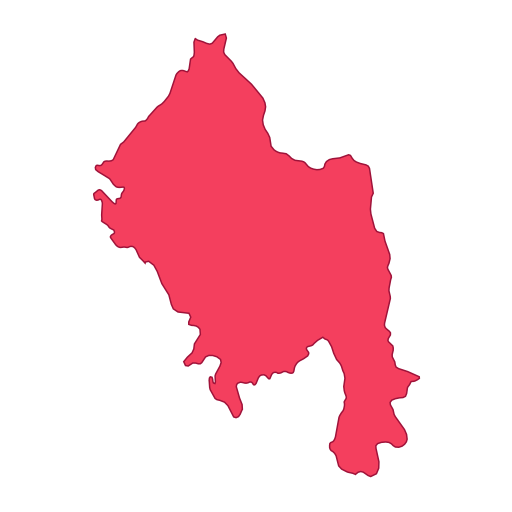 SVG path tracing the border of Osh, rotated 269°
{"feature_id": "KGZ-1122", "entity_name": "Osh", "entity_type": "Region", "adm_level": 1, "iso_a3": "KGZ", "parent_name": "Kyrgyzstan", "parent_adm1": "", "projection": "natural_earth1", "projection_center": [73.025, 40.164], "detail": "fine", "context": "isolated", "style": "filled", "palette": "rose", "viewbox_px": 512, "rotation_deg": 269, "n_neighbors": 0, "source": "natural_earth", "source_scale": "10m", "svg_char_len": 5918}
<svg xmlns="http://www.w3.org/2000/svg" viewBox="0 0 512 512"><g transform="rotate(269 256 256)"><path d="M474.4,199.1L472.8,201.4L472.3,203.1L472.1,203.7L471.1,206.7L469.5,210.2L468.6,213.5L469.5,216.0L475.8,221.5L477.4,223.7L478.5,229.1L474.4,230.2L463.3,227.4L460.4,227.2L457.9,228.3L451.1,234.8L448.9,236.4L443.8,239.0L439.5,242.2L427.8,254.5L413.8,265.6L409.0,267.6L405.0,268.2L400.9,267.5L396.4,265.9L391.8,264.9L387.1,265.5L382.5,267.3L378.3,270.0L374.2,271.8L365.5,273.0L361.9,275.8L360.6,277.5L359.5,279.5L358.7,281.7L358.4,284.1L357.7,288.0L355.5,290.8L352.9,293.3L351.0,296.6L350.0,303.5L349.3,305.4L348.3,306.7L344.5,309.8L342.9,312.2L341.8,315.2L341.2,318.4L341.4,321.6L342.6,324.9L344.4,326.0L346.7,326.5L349.2,328.1L351.1,331.0L351.9,334.4L352.6,341.5L355.6,350.4L354.9,352.2L352.0,353.9L349.8,355.6L348.2,358.0L346.7,361.8L345.2,367.5L343.9,369.8L341.6,371.0L316.7,374.3L313.0,372.5L300.8,371.2L296.1,371.6L281.7,375.1L278.4,377.2L277.4,379.8L277.1,382.1L276.2,383.8L268.7,385.2L255.2,389.7L251.0,390.0L246.4,388.8L244.0,387.7L242.4,387.2L240.7,387.5L234.2,390.8L232.3,391.0L229.9,390.2L221.7,388.5L218.9,388.3L213.2,389.5L211.2,389.6L186.7,383.4L184.5,383.2L182.2,383.9L180.9,385.1L178.3,388.1L176.8,389.1L174.7,389.0L171.3,386.9L169.3,386.4L167.9,387.0L163.7,391.2L161.6,391.6L159.3,391.5L155.0,390.4L152.7,390.5L147.7,392.9L144.8,393.3L142.5,394.1L140.9,396.6L137.8,405.6L132.4,417.1L130.8,417.2L129.5,415.3L128.2,412.6L127.9,411.0L127.9,409.7L127.5,408.7L124.7,407.3L122.7,405.7L121.6,405.1L115.9,404.2L113.1,403.0L111.9,400.5L111.7,397.0L110.9,392.8L109.5,389.2L107.2,387.5L104.8,387.8L100.1,390.3L95.2,391.3L93.0,392.4L79.9,401.4L75.0,403.4L70.2,403.9L67.6,403.1L65.2,401.3L63.3,398.7L62.3,395.4L62.6,392.0L64.0,389.9L65.8,388.2L67.3,385.7L67.8,382.4L67.5,378.1L66.3,374.3L64.2,372.5L61.6,372.6L48.1,375.3L41.7,375.0L36.2,372.6L33.5,366.8L34.6,364.2L38.0,359.5L38.7,357.0L38.0,354.3L36.1,351.8L35.9,351.7L37.1,348.9L38.2,344.3L38.6,343.2L41.5,337.8L44.7,335.0L54.9,332.6L57.3,331.2L58.9,329.7L60.2,327.7L61.3,326.9L63.0,326.3L65.3,326.3L67.2,326.6L68.1,327.4L69.0,329.6L70.0,330.6L71.8,331.6L73.8,332.3L93.3,336.2L95.3,337.1L96.1,337.7L97.2,338.3L100.0,340.5L101.8,341.2L104.6,341.8L106.6,341.9L108.5,341.6L109.5,342.1L112.1,343.7L113.5,343.8L114.8,343.5L117.7,342.4L119.8,341.9L124.0,341.5L132.2,342.8L136.9,342.1L139.9,340.8L144.1,339.6L146.1,338.7L147.6,337.8L151.1,334.8L157.4,332.0L164.0,330.0L168.6,327.6L169.8,326.9L170.6,326.2L171.1,325.4L171.8,323.5L173.6,321.4L170.6,316.1L167.7,312.7L166.0,311.1L165.3,309.5L164.5,306.0L163.6,305.0L162.3,304.7L161.0,305.3L158.7,306.9L157.3,307.0L155.2,305.9L152.4,301.7L150.4,297.7L149.0,295.8L147.6,294.6L145.4,293.2L143.6,292.5L140.2,291.8L138.8,291.1L138.3,290.2L138.2,289.0L138.4,287.7L139.0,286.0L139.8,284.6L140.1,283.1L140.0,281.4L138.7,278.8L138.4,277.2L138.4,275.8L139.1,274.8L139.4,273.7L139.3,271.9L138.6,270.7L137.3,269.6L133.1,267.7L132.9,266.9L133.4,266.2L136.2,263.7L137.1,261.9L136.9,259.3L136.0,257.6L134.1,256.2L128.7,253.9L127.4,252.8L127.1,251.8L127.7,251.0L129.0,250.3L129.9,249.3L130.2,247.7L129.4,245.9L129.1,244.5L129.1,242.8L129.9,239.7L130.1,238.1L129.1,235.5L127.8,234.4L125.7,234.0L114.1,237.1L107.7,239.5L103.0,239.7L102.9,239.7L101.9,239.1L98.1,237.4L95.7,235.7L94.7,233.2L95.5,230.9L106.9,225.3L110.4,222.0L112.3,217.4L113.1,214.3L114.3,212.6L123.1,207.9L125.3,207.4L131.4,207.1L132.4,207.0L134.8,207.3L136.0,208.2L135.5,209.9L133.6,210.5L131.3,210.7L129.8,211.2L129.2,212.7L130.8,213.2L136.8,213.0L138.7,213.6L146.5,218.0L150.1,219.3L153.2,218.7L155.9,215.2L157.3,211.0L157.4,207.1L156.6,205.2L156.0,203.8L150.3,199.9L149.2,198.4L149.2,196.5L150.0,193.8L150.1,190.9L147.2,186.3L147.7,183.6L151.6,181.9L156.0,185.6L160.3,190.4L164.1,192.2L169.2,192.9L178.5,199.0L183.7,198.7L185.7,197.1L187.0,195.1L187.6,192.7L187.8,190.3L188.8,187.6L191.2,187.6L196.0,189.7L199.9,188.0L201.4,177.0L204.6,172.4L209.2,170.5L218.7,168.2L230.0,161.4L242.3,157.0L248.6,153.7L252.6,148.6L251.9,145.3L250.8,145.0L253.1,143.0L256.7,139.5L264.4,136.2L266.2,134.9L267.3,133.6L267.7,132.6L267.8,131.6L267.8,130.7L267.5,129.6L267.1,128.7L266.8,127.8L266.8,127.0L267.2,125.1L267.3,124.1L267.0,121.7L266.9,120.3L267.5,118.5L268.4,117.2L269.6,116.0L276.5,111.2L277.3,110.8L278.0,110.8L278.7,111.2L279.4,111.8L280.0,112.7L280.8,114.2L281.1,114.6L281.6,114.8L282.5,114.9L283.4,114.7L284.5,114.2L285.7,111.8L286.6,110.3L287.6,109.4L289.2,108.4L290.1,107.3L292.6,103.5L293.3,102.6L293.8,102.2L294.7,102.4L295.3,102.6L299.7,102.4L310.9,103.3L312.3,103.2L314.2,102.6L314.9,102.2L315.4,101.5L315.4,101.0L315.3,100.2L314.9,99.6L314.7,98.7L314.5,97.8L315.0,96.4L315.5,95.9L316.4,95.5L320.3,94.8L321.0,94.9L321.5,95.3L322.5,96.7L324.2,98.8L324.6,99.3L324.8,99.9L325.0,100.7L324.7,101.6L324.1,102.7L313.0,112.8L311.4,114.5L310.8,115.4L310.5,116.1L310.7,116.7L311.3,117.0L314.7,117.3L315.3,117.6L315.6,118.3L315.8,119.1L315.9,120.1L316.1,121.1L316.6,121.7L317.5,122.2L319.8,122.5L320.7,122.8L321.4,123.2L323.0,124.5L324.0,125.1L325.8,125.6L326.6,125.5L327.1,125.1L327.2,124.4L327.2,123.6L327.0,121.3L327.0,120.1L327.2,118.8L327.6,117.5L328.8,116.1L330.3,114.6L335.3,111.4L336.1,110.6L343.1,99.6L345.2,97.2L347.3,96.9L348.7,97.5L349.3,98.0L349.5,98.9L349.1,101.1L349.3,102.6L350.1,103.6L352.9,105.6L353.4,106.7L353.6,108.3L353.4,110.5L353.7,112.9L354.3,114.2L354.9,115.0L370.0,122.5L371.8,125.0L372.3,125.7L386.7,137.9L390.1,139.9L391.0,140.8L391.7,141.8L392.5,143.6L392.8,144.9L392.9,147.0L393.1,147.8L393.8,148.6L395.2,149.9L397.4,151.1L402.3,155.7L406.6,159.7L407.6,161.0L408.8,163.1L409.7,164.5L412.0,166.9L417.3,171.3L420.1,172.8L438.4,179.2L439.8,180.1L441.5,181.8L442.3,182.9L442.7,183.9L442.8,184.8L442.8,185.7L442.6,186.7L442.3,187.6L441.9,188.6L441.3,190.5L442.3,191.5L444.2,192.4L454.0,194.0L454.9,195.0L456.1,196.6L456.7,197.2L458.3,197.6L460.7,197.9L470.9,197.7L474.3,199.0L474.4,199.1Z" fill="#f43f5e" stroke="#9f1239" stroke-width="1.5"/></g></svg>